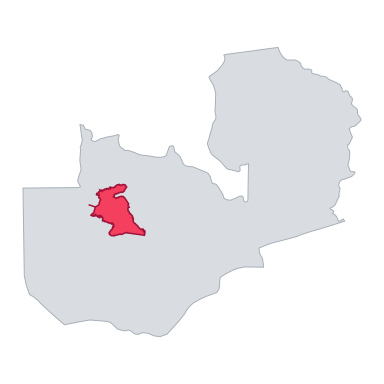 Mufumbwe, North-Western, Zambia shown in context
{"feature_id": "96606910B54849868159577", "entity_name": "Mufumbwe", "entity_type": "district", "adm_level": 2, "iso_a3": "ZMB", "parent_name": "Zambia", "parent_adm1": "North-Western", "projection": "orthographic", "projection_center": [25.2, -13.766], "detail": "fine", "context": "in_parent", "style": "filled", "palette": "rose", "viewbox_px": 384, "rotation_deg": 0, "n_neighbors": 0, "source": "geoboundaries", "source_scale": "gbopen_adm2", "svg_char_len": 9233}
<svg xmlns="http://www.w3.org/2000/svg" viewBox="0 0 384 384"><path d="M263.6,267.2L244.7,266.9L237.8,268.3L232.1,270.5L225.3,274.1L221.3,276.6L220.2,278.0L219.6,281.2L219.6,286.0L218.8,289.5L216.7,292.6L206.4,296.3L199.7,299.4L193.1,303.1L188.1,307.9L184.6,313.8L178.9,321.1L167.0,334.2L160.2,336.6L154.6,336.0L147.7,333.2L142.3,332.7L138.2,334.4L134.5,333.8L131.1,331.0L128.2,330.0L125.9,330.8L122.9,330.6L117.5,329.1L112.8,324.4L110.2,322.5L108.3,321.7L102.6,321.0L89.7,320.0L76.3,322.4L64.5,324.8L52.5,314.4L40.7,303.5L38.3,300.7L33.8,297.0L30.7,295.2L29.4,294.3L26.1,284.5L24.3,275.5L23.0,188.1L76.7,187.6L80.2,187.2L80.3,186.3L77.8,181.6L77.9,180.0L78.6,176.8L80.9,170.4L81.0,168.3L79.9,161.4L80.0,157.6L80.6,149.8L80.2,147.2L81.5,143.7L81.9,141.4L82.4,140.4L81.8,137.7L80.6,128.5L80.0,124.6L83.2,125.2L84.3,127.1L84.9,129.2L86.4,129.3L90.3,130.5L91.6,132.2L92.5,135.9L92.0,137.8L90.7,139.3L92.0,140.7L94.6,141.6L96.1,141.3L100.4,138.8L104.4,137.8L106.4,137.2L115.4,135.5L117.2,134.6L118.4,134.6L119.3,135.3L118.5,137.9L118.2,140.3L119.3,144.7L120.1,146.7L122.0,148.2L123.3,149.0L124.9,150.6L127.9,150.3L134.8,152.6L136.9,153.6L139.7,154.7L141.8,155.1L148.8,155.9L156.2,157.2L160.1,157.3L162.8,157.0L164.7,156.4L165.9,155.7L166.4,155.1L169.3,146.7L170.7,146.1L172.6,145.7L173.6,146.4L174.8,151.7L180.1,156.5L181.9,160.5L183.3,164.0L184.4,164.9L186.4,166.1L189.7,166.6L192.6,166.7L207.0,172.7L208.5,173.8L210.3,176.9L211.3,180.5L212.4,183.3L214.2,183.8L215.9,184.1L217.5,186.0L218.7,187.7L222.9,194.6L223.5,197.4L225.5,199.2L228.3,200.0L230.9,200.2L232.4,199.4L236.1,198.0L239.0,196.5L241.1,195.9L242.3,196.3L243.2,197.4L243.8,200.9L245.8,202.1L247.3,201.6L247.9,200.3L247.9,199.6L248.5,163.7L247.2,164.0L245.5,164.9L241.7,165.0L240.2,165.7L239.7,166.9L240.0,168.4L240.1,170.4L239.5,171.3L237.8,171.7L235.4,170.9L231.0,169.8L227.4,169.1L224.8,166.4L221.3,162.2L219.0,160.2L213.4,155.8L212.5,155.0L210.8,153.0L209.4,149.6L208.0,145.7L207.3,143.2L208.7,139.4L212.1,127.0L212.9,123.2L215.7,119.3L215.9,115.8L214.9,111.2L215.2,108.7L215.7,94.5L215.0,90.0L213.2,85.0L209.2,78.0L209.2,76.5L215.5,72.1L217.5,70.5L220.8,66.9L223.0,63.8L224.4,61.3L225.0,58.1L223.9,55.0L226.1,54.4L278.1,47.4L278.8,49.6L280.3,53.1L282.1,55.8L284.2,58.1L286.1,59.5L287.4,60.0L295.3,60.0L298.2,61.5L300.6,63.3L301.2,66.0L302.8,67.8L304.6,69.1L305.3,69.3L306.6,69.0L308.8,69.1L310.7,69.7L311.7,70.3L311.7,72.6L312.3,73.6L315.0,74.1L317.7,74.4L320.3,76.0L323.2,76.3L326.5,77.1L328.0,78.8L331.5,80.6L335.7,82.3L340.4,84.9L340.5,85.7L341.3,87.2L342.1,88.3L342.1,89.9L342.5,91.3L343.7,91.7L344.7,91.9L345.6,90.8L346.9,90.9L348.2,91.6L348.7,93.3L349.7,95.6L351.4,97.2L352.5,98.7L352.1,101.4L351.3,103.9L353.6,106.4L356.6,108.8L357.4,109.9L357.6,113.4L358.0,114.6L360.0,117.5L361.0,119.4L360.9,120.5L355.1,126.0L351.6,126.8L350.1,127.9L349.2,129.1L351.3,134.8L352.4,137.0L351.3,139.7L349.0,144.2L347.9,144.5L347.7,148.0L348.3,149.3L349.4,150.3L349.8,152.7L349.5,158.5L347.9,165.1L350.3,171.0L351.1,171.6L354.6,171.8L355.1,172.3L354.3,173.9L351.7,176.4L347.3,178.2L340.9,180.2L339.5,182.2L338.5,185.2L339.2,187.1L340.0,188.1L339.7,190.8L339.0,193.5L339.1,195.8L338.8,197.7L337.9,198.6L336.7,201.5L335.3,204.5L334.2,205.8L332.5,207.1L330.0,208.2L330.0,208.8L332.8,210.3L333.5,211.2L333.8,211.9L332.5,213.4L333.8,214.3L335.4,215.1L336.8,217.1L338.4,220.9L338.7,221.3L339.2,221.3L340.2,221.0L342.0,219.5L343.2,219.0L344.7,221.2L318.0,229.5L311.7,231.2L302.4,234.2L299.3,235.3L296.9,236.5L272.1,243.0L268.2,244.3L259.4,247.8L259.1,248.4L259.2,250.1L259.8,253.5L261.3,256.7L262.5,258.5L263.2,263.1L263.6,267.2Z" fill="#d9dde1" stroke="#a8b0b8" stroke-width="1"/><path d="M91.2,214.8L90.9,215.3L91.0,215.4L91.4,215.5L91.9,215.8L92.0,215.7L92.4,215.9L93.0,215.5L93.2,215.4L93.4,216.1L93.8,216.1L94.1,215.6L94.7,216.0L94.9,215.8L95.3,215.8L94.9,215.3L95.4,215.0L95.5,214.7L95.4,214.6L95.6,214.4L95.9,214.6L96.0,215.1L96.5,215.3L96.9,215.9L97.1,216.1L97.6,216.2L97.4,216.6L97.5,216.7L97.9,216.4L98.0,216.7L98.3,216.9L98.3,216.7L98.5,216.7L98.6,216.2L98.3,216.0L98.7,215.7L98.8,216.1L99.1,216.1L99.3,215.9L99.3,216.3L99.2,216.3L99.2,216.8L99.8,217.7L100.2,217.2L99.8,217.2L99.6,216.6L99.6,216.3L100.0,216.4L100.0,216.2L100.5,216.2L100.5,215.9L100.8,215.9L100.9,216.3L101.2,216.1L101.2,216.4L101.5,216.6L101.7,216.9L101.9,216.9L101.9,217.2L102.2,217.1L102.2,217.8L102.3,217.9L102.5,217.7L102.8,217.8L102.9,219.3L102.7,219.6L102.5,220.0L103.0,220.1L103.0,220.3L102.9,220.5L103.4,220.6L103.3,220.9L103.7,220.7L104.1,220.7L104.1,221.0L104.4,221.3L104.5,221.2L104.7,221.6L105.1,221.5L105.3,221.6L105.5,221.4L106.1,221.7L106.2,221.9L107.2,221.9L107.7,222.2L107.7,222.5L108.2,222.5L108.3,222.7L108.5,222.6L109.0,222.8L109.3,223.2L109.8,222.9L110.5,223.2L110.9,223.1L111.1,223.5L111.3,223.3L111.7,223.5L111.6,223.3L111.7,223.2L112.0,223.4L112.3,223.2L112.5,223.4L113.1,223.5L113.1,223.9L112.9,223.9L112.7,224.1L113.2,224.1L113.2,224.5L113.7,225.0L113.4,225.4L113.9,225.6L113.9,226.1L113.4,226.2L113.2,226.3L113.3,226.5L113.2,226.7L113.3,227.1L112.9,227.1L113.0,227.3L112.6,227.6L112.6,228.0L112.2,228.3L112.2,229.3L111.7,229.6L111.5,229.9L110.8,230.2L110.8,230.7L110.2,231.1L109.8,231.6L109.5,232.7L109.3,232.7L109.5,233.2L109.3,233.6L109.7,233.6L109.5,234.1L109.6,234.5L110.2,234.8L110.4,235.1L111.5,235.7L113.0,235.6L113.4,235.8L113.5,235.6L114.1,235.8L114.4,235.4L115.1,235.3L115.6,235.5L116.7,234.9L117.7,234.8L117.7,234.6L118.1,234.6L118.4,234.5L118.9,234.6L119.4,234.2L120.2,234.3L120.4,234.2L120.7,234.4L121.4,234.3L121.6,234.4L121.8,234.3L122.7,234.1L124.9,232.9L126.3,232.9L126.6,232.8L126.8,232.6L127.0,232.5L127.2,232.9L144.0,235.2L144.2,235.4L144.4,235.3L144.7,234.7L144.8,233.7L144.5,233.4L144.8,232.7L144.3,232.3L144.1,232.1L144.3,231.9L144.0,231.7L144.3,231.5L144.5,231.5L144.2,231.1L144.4,230.9L144.7,230.9L144.6,230.7L143.8,230.8L143.4,230.6L142.9,230.5L142.8,230.1L143.5,229.6L143.0,229.0L141.9,229.3L141.7,229.1L141.4,229.1L141.0,229.5L140.0,228.9L139.6,228.1L138.6,227.5L137.9,226.1L137.4,225.8L136.8,225.0L136.1,224.6L135.2,223.5L134.9,223.5L134.6,223.2L134.1,223.1L133.5,222.0L133.5,221.6L133.2,221.3L133.1,220.6L133.4,220.0L133.4,219.8L133.1,219.5L133.2,219.4L133.2,218.9L133.3,218.3L133.1,217.9L132.8,217.9L132.8,217.7L132.5,217.5L132.7,217.4L132.5,216.8L132.6,216.6L132.6,216.3L131.8,215.1L131.4,214.9L131.2,214.6L130.5,213.9L130.2,213.8L130.2,213.6L129.8,213.7L129.7,213.5L129.8,213.4L129.6,213.3L129.4,212.6L129.1,212.1L129.1,211.9L128.8,211.6L128.3,211.1L128.3,210.7L128.2,210.6L128.3,210.5L127.9,210.2L128.0,209.8L128.0,209.5L127.9,209.5L127.9,209.1L128.0,208.5L127.9,208.3L128.1,208.1L128.1,207.8L128.4,207.5L129.2,207.3L128.7,206.3L128.1,206.1L128.1,205.0L128.4,204.6L128.4,204.3L128.7,203.9L124.3,197.3L123.6,197.2L123.3,196.9L123.2,196.5L122.6,196.4L122.4,196.6L121.6,196.6L121.1,196.2L120.9,196.4L119.5,196.7L119.5,196.8L119.1,196.9L119.1,197.3L118.8,197.5L118.5,197.5L118.1,197.4L118.0,197.6L117.8,197.5L117.6,197.6L117.2,197.5L116.7,197.8L116.6,198.0L116.4,198.4L113.7,197.0L114.0,196.9L114.1,196.4L114.3,196.2L114.2,196.1L114.4,195.9L114.1,195.7L114.0,195.4L114.0,195.1L114.3,194.8L114.2,194.8L114.2,194.6L114.7,194.4L115.0,194.3L115.0,194.1L115.3,193.8L115.9,193.9L116.0,193.6L116.5,194.0L117.3,193.5L117.6,193.5L118.3,193.1L118.6,193.1L118.8,192.8L119.0,192.9L119.8,192.4L120.2,192.5L120.3,192.4L120.9,192.2L121.5,192.3L121.5,192.1L122.2,192.1L122.3,192.0L122.6,192.2L122.8,192.1L123.1,192.1L123.5,191.6L123.7,191.3L124.5,190.8L124.6,189.9L125.1,189.4L125.1,189.1L125.4,188.6L126.6,187.4L126.6,186.7L125.8,186.1L125.7,185.7L125.3,185.5L125.3,185.0L124.6,184.9L124.2,184.6L123.5,184.5L123.0,184.7L122.6,184.5L122.0,185.0L121.2,185.0L120.9,185.3L120.6,185.4L120.4,185.1L120.0,185.1L119.8,184.9L119.7,184.6L119.5,184.4L119.0,184.4L118.8,184.7L118.5,184.7L118.5,184.9L117.8,184.8L117.3,184.8L116.3,185.3L116.2,185.5L115.8,185.9L115.8,186.1L115.5,186.3L115.5,186.5L115.3,186.5L115.1,186.7L114.8,186.7L114.8,186.9L114.7,186.9L114.6,187.2L114.2,187.4L113.8,187.8L113.6,187.8L113.5,187.6L113.3,187.6L113.1,187.5L112.9,187.6L112.4,187.5L112.1,187.6L111.5,187.5L111.3,187.6L110.7,187.1L110.2,187.1L110.2,187.3L110.4,187.4L110.4,187.9L110.2,187.6L109.9,187.8L109.9,188.2L109.6,187.9L109.3,188.2L109.1,188.1L108.7,188.3L108.7,188.6L108.3,188.7L108.3,189.1L107.6,188.6L106.9,188.9L106.7,188.5L106.1,188.8L106.0,189.3L105.8,189.5L105.5,189.5L105.5,189.2L105.1,189.0L104.7,189.1L104.3,189.3L104.5,189.6L104.3,189.7L104.3,189.9L103.9,189.9L103.8,190.1L103.0,190.0L102.7,190.2L102.4,190.3L102.8,190.8L102.5,191.0L102.5,190.7L102.2,190.6L102.0,190.9L102.0,191.1L101.3,190.5L101.3,190.1L101.0,189.9L100.8,190.2L101.0,190.5L100.5,190.5L100.3,190.9L100.0,190.6L100.1,191.0L99.7,191.1L99.5,191.4L98.8,191.7L98.3,192.5L98.5,192.9L97.9,192.9L97.2,193.5L96.7,193.5L96.6,193.9L97.0,193.8L97.2,194.4L96.9,194.9L97.8,195.0L98.4,195.6L98.8,195.5L99.0,195.3L98.8,197.8L99.5,197.8L100.0,198.9L100.5,199.2L100.7,199.6L99.9,200.7L99.7,202.1L99.4,202.6L99.1,202.8L99.1,203.3L99.3,203.8L99.0,204.6L98.4,205.0L98.0,205.6L95.9,206.6L95.3,207.4L94.8,206.8L88.6,204.7L94.8,206.8L95.3,207.4L95.1,207.6L94.9,208.3L94.8,209.4L94.2,210.5L94.1,211.7L93.8,212.5L93.6,212.8L92.9,213.3L92.8,213.5L92.4,213.6L91.8,214.3L91.2,214.8Z" fill="#f43f5e" stroke="#9f1239" stroke-width="1.5"/></svg>